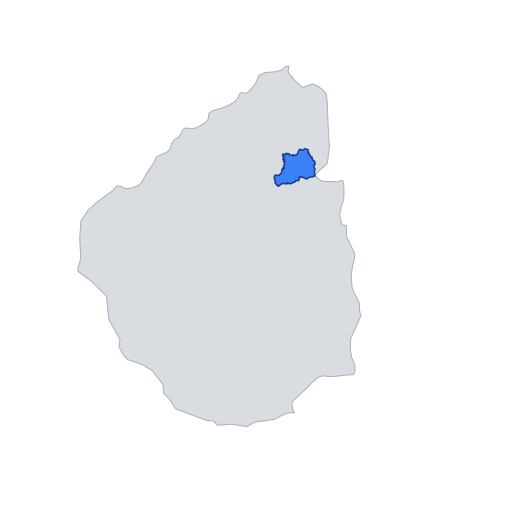 Mataojo, Salto, Uruguay shown in context, rotated 44°
{"feature_id": "84410073B62667740173321", "entity_name": "Mataojo", "entity_type": "district", "adm_level": 2, "iso_a3": "URY", "parent_name": "Uruguay", "parent_adm1": "Salto", "projection": "albers", "projection_center": [-56.339, -31.222], "detail": "fine", "context": "in_parent", "style": "filled", "palette": "blue", "viewbox_px": 512, "rotation_deg": 44, "n_neighbors": 0, "source": "geoboundaries", "source_scale": "gbopen_adm2", "svg_char_len": 5949}
<svg xmlns="http://www.w3.org/2000/svg" viewBox="0 0 512 512"><g transform="rotate(44 256 256)"><path d="M392.6,342.0L389.8,344.5L386.6,349.2L382.8,360.6L370.6,376.2L368.0,385.1L355.0,394.2L345.9,404.5L340.0,404.2L334.7,408.6L304.2,421.8L293.3,419.1L285.3,419.0L277.9,412.9L260.8,410.6L250.1,413.0L235.7,419.6L231.4,419.5L228.2,419.1L220.5,416.4L216.2,410.5L194.1,403.8L176.1,388.6L155.0,388.5L138.8,390.7L136.3,388.7L134.6,384.7L131.2,379.1L117.0,365.8L105.8,352.5L103.4,339.3L104.6,324.9L107.6,307.8L107.0,302.4L111.0,299.3L115.1,298.7L118.9,294.2L122.3,287.4L122.8,282.4L119.9,273.1L117.8,260.0L115.5,253.6L119.8,243.2L119.9,238.2L117.2,233.9L116.5,229.4L117.6,224.7L117.3,220.3L115.5,216.0L116.7,212.5L120.9,209.6L123.9,205.3L125.9,199.5L126.9,195.0L126.9,192.0L125.6,189.1L123.0,186.5L124.1,181.1L128.9,173.0L132.0,165.8L133.4,159.5L133.3,154.5L131.5,150.7L132.2,148.1L135.3,146.7L136.6,142.6L136.0,132.6L132.7,124.3L135.0,117.7L142.0,110.0L145.5,103.9L145.8,99.2L147.9,96.5L151.3,101.5L161.3,102.7L171.4,102.8L173.0,101.5L176.9,93.2L182.1,90.9L187.7,90.2L193.9,90.6L200.5,96.0L219.2,113.9L232.8,126.3L237.0,132.1L240.6,136.5L243.2,140.6L242.1,151.2L242.2,155.9L242.9,157.2L246.0,157.3L250.6,156.6L254.4,154.3L257.5,151.0L260.5,148.2L262.9,146.7L263.7,144.5L265.1,142.2L266.6,141.7L269.2,143.4L275.5,149.5L280.4,155.2L281.6,158.4L283.4,161.7L285.4,164.7L286.8,167.5L291.5,171.3L296.3,173.7L299.6,171.3L307.7,179.1L325.6,185.8L328.9,189.8L331.9,195.4L338.0,203.9L346.6,211.6L353.5,214.9L360.2,216.9L363.9,218.6L366.4,221.5L370.5,224.8L373.0,226.0L373.8,228.8L376.3,234.9L378.9,242.7L381.7,249.9L388.0,257.0L395.2,262.5L402.7,265.7L406.9,269.6L408.6,273.5L403.4,279.2L397.6,286.3L392.6,291.8L387.4,295.7L385.7,298.4L384.5,302.6L383.9,325.2L383.3,333.6L383.6,335.8L384.3,337.4L387.4,339.7L391.1,341.6L392.6,342.0Z" fill="#d9dde1" stroke="#a8b0b8" stroke-width="1"/><path d="M204.5,164.2L205.4,164.3L205.8,164.7L205.6,165.5L207.9,165.5L207.5,166.5L207.7,166.8L209.0,166.7L209.4,166.9L208.6,167.4L208.4,167.6L209.4,167.8L209.8,168.1L209.8,168.7L210.2,168.7L211.4,168.2L211.7,168.3L211.8,168.7L211.6,169.3L212.1,169.9L212.8,170.3L213.1,170.4L213.1,171.4L213.7,172.5L214.5,172.9L214.3,173.3L214.3,174.0L214.6,174.1L215.0,173.7L215.6,173.6L215.7,174.0L215.3,174.6L214.6,175.0L214.4,175.4L214.9,176.3L215.9,177.4L216.5,178.4L216.6,179.3L216.4,181.9L215.9,182.4L215.7,183.0L214.6,183.7L213.7,184.4L213.7,185.2L213.9,185.9L214.6,186.8L215.7,187.8L216.3,188.2L217.1,188.1L217.6,188.1L217.9,188.6L217.9,189.1L218.3,189.5L219.2,189.7L219.4,190.3L220.3,190.3L220.7,190.2L221.8,190.5L222.5,190.6L222.9,190.6L223.0,190.5L223.3,190.3L223.5,189.7L223.4,189.6L223.6,189.4L224.0,189.3L224.1,189.0L224.0,188.8L223.9,188.7L223.8,188.4L223.8,188.2L223.9,187.9L224.0,187.8L224.0,187.6L224.1,187.4L224.2,187.1L224.2,186.8L224.2,186.5L224.2,186.4L224.2,186.2L224.3,186.1L224.5,186.0L224.7,185.9L224.7,185.7L224.7,185.3L224.8,185.1L225.3,184.9L225.6,184.7L225.9,184.4L226.0,184.3L226.2,184.1L226.4,183.9L226.6,183.8L226.7,183.7L227.0,183.5L227.9,182.8L227.7,182.7L227.5,182.1L227.4,181.9L227.5,181.6L227.9,181.6L228.0,181.5L228.1,181.3L228.5,181.3L229.0,181.2L229.4,181.0L229.7,180.9L230.0,180.6L230.3,180.4L230.6,179.9L230.7,179.7L230.9,179.5L231.1,179.4L231.3,178.4L231.6,178.2L231.6,177.3L232.6,175.7L232.4,175.4L232.3,174.9L232.1,174.1L232.4,173.9L232.6,173.9L232.8,173.8L232.9,173.7L233.0,173.4L233.2,173.2L233.3,173.2L233.5,172.8L233.9,172.7L234.1,172.4L233.9,172.3L233.8,172.2L233.8,171.9L233.9,171.7L234.0,171.2L233.8,170.6L233.6,170.5L233.4,170.3L233.3,170.2L233.2,170.1L232.8,169.8L232.6,169.6L232.4,169.3L232.4,169.1L232.4,168.9L232.3,168.6L232.6,168.3L232.8,168.3L233.1,168.2L233.5,168.0L233.9,168.0L234.0,167.9L234.3,167.5L234.4,167.2L234.6,166.9L234.8,166.8L235.1,166.9L235.3,166.6L235.5,166.6L236.5,166.1L237.0,166.0L237.4,166.0L237.8,166.0L238.3,166.0L238.6,165.7L239.0,165.3L239.0,165.2L239.0,164.4L238.9,164.3L238.9,164.2L238.9,163.7L239.5,163.2L239.8,162.6L240.1,161.7L240.6,160.9L241.0,160.3L241.2,160.1L241.4,160.1L241.6,160.0L241.7,159.5L242.1,158.8L242.2,158.7L242.2,158.4L242.2,157.8L242.2,157.7L242.3,157.7L242.5,157.5L242.6,157.4L242.4,157.4L241.6,156.5L241.1,156.2L240.8,155.7L239.2,154.7L238.8,153.9L238.6,153.5L238.5,152.9L238.4,152.8L238.3,152.7L238.2,152.6L237.7,152.5L236.6,151.8L236.3,151.7L236.2,151.7L235.0,151.5L234.9,151.4L234.8,151.2L234.8,150.6L234.8,150.2L234.8,149.9L234.8,149.5L234.8,149.4L234.8,149.0L234.8,148.9L234.8,148.7L234.7,148.6L233.5,148.1L233.4,148.0L233.0,147.6L232.9,147.5L232.6,147.1L231.8,147.3L231.2,147.3L230.9,147.5L230.5,147.6L230.2,147.6L229.9,147.5L229.6,147.2L229.2,147.0L229.0,146.8L228.9,146.7L228.7,146.7L228.1,146.7L228.0,146.3L227.9,146.3L228.0,146.3L228.0,146.2L227.9,146.1L227.7,146.0L227.3,145.9L227.2,145.9L227.2,146.0L226.8,146.2L226.7,146.4L226.5,146.5L226.3,146.5L226.2,146.5L225.9,146.5L225.7,146.5L225.5,146.4L225.3,146.4L225.1,146.4L224.9,146.0L224.8,145.9L224.2,145.9L223.9,145.8L223.8,145.7L223.6,145.7L223.4,145.7L223.2,145.7L223.1,145.8L222.8,145.8L222.7,145.7L222.4,145.3L222.4,145.0L222.1,144.9L221.8,144.8L221.7,144.9L221.6,145.0L221.6,144.9L221.4,144.7L221.2,144.6L220.8,144.4L220.6,144.2L220.3,144.1L220.1,144.0L220.0,143.9L219.8,143.7L219.7,143.4L219.4,143.3L219.2,143.4L218.8,143.6L218.7,143.7L218.0,144.3L217.6,144.5L216.5,145.0L216.4,145.2L216.4,145.4L216.4,145.5L216.6,146.3L216.5,146.5L216.5,146.8L216.3,147.0L216.2,147.1L216.0,147.6L215.9,147.8L215.6,147.9L215.4,147.9L215.4,148.0L215.2,148.0L214.9,148.0L214.5,148.2L214.4,148.3L214.2,148.3L213.9,148.4L213.8,148.5L213.7,148.6L213.4,148.8L213.5,149.8L213.7,151.0L214.7,153.8L214.9,154.9L214.9,155.3L214.1,155.7L214.0,156.1L214.0,157.0L213.8,157.5L213.2,157.6L212.3,157.4L212.0,157.7L211.9,158.5L210.1,160.1L209.7,160.1L209.3,159.6L208.9,159.5L208.0,160.0L207.5,160.7L206.3,161.2L206.2,161.5L206.7,162.2L207.0,162.6L206.1,163.1L205.3,163.4L204.6,163.8L204.5,164.2Z" fill="#3b82f6" stroke="#1e3a8a" stroke-width="1.5"/></g></svg>